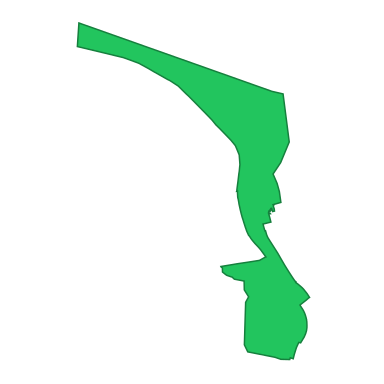 Ismailiyya 1, Al Isma`iliyah, Egypt, rotated 274°
{"feature_id": "37247803B86792300989473", "entity_name": "Ismailiyya 1", "entity_type": "district", "adm_level": 2, "iso_a3": "EGY", "parent_name": "Egypt", "parent_adm1": "Al Isma`iliyah", "projection": "natural_earth1", "projection_center": [32.267, 30.608], "detail": "fine", "context": "isolated", "style": "filled", "palette": "green", "viewbox_px": 384, "rotation_deg": 274, "n_neighbors": 0, "source": "geoboundaries", "source_scale": "gbopen_adm2", "svg_char_len": 2499}
<svg xmlns="http://www.w3.org/2000/svg" viewBox="0 0 384 384"><g transform="rotate(274 192 192)"><path d="M296.2,276.0L298.0,264.6L313.9,207.4L352.7,67.4L329.1,67.5L321.3,114.1L316.8,129.7L312.2,139.8L311.0,142.2L309.2,145.8L302.5,159.9L301.7,162.0L298.3,168.1L296.8,170.8L289.4,179.4L287.6,181.7L278.8,191.7L270.0,201.6L265.4,206.7L264.7,207.4L260.5,211.3L257.4,215.0L255.4,217.2L246.4,227.2L241.3,232.0L238.2,233.6L232.3,236.5L222.6,237.9L220.6,237.8L215.9,237.7L213.9,237.5L205.5,237.1L202.5,236.9L199.1,236.7L196.2,236.6L195.8,236.5L196.0,237.4L194.6,237.4L190.5,237.9L189.4,238.1L188.0,238.6L186.0,239.1L184.9,239.4L183.4,239.7L177.6,241.4L175.4,242.1L173.8,242.6L170.1,243.9L167.7,244.9L165.3,245.8L160.0,247.9L159.8,248.0L159.7,248.1L157.2,249.1L155.1,250.2L153.5,251.1L153.2,251.2L153.0,251.3L152.1,252.2L151.7,252.6L151.4,252.8L150.6,253.4L149.5,254.2L147.7,255.8L145.0,258.4L142.0,261.7L139.4,264.3L134.8,268.2L132.4,270.2L132.3,269.9L128.5,264.1L126.0,253.2L123.6,242.3L121.6,234.0L119.7,226.0L119.3,226.2L118.4,227.6L114.3,228.0L112.0,231.3L111.3,232.5L110.3,236.2L109.9,238.0L108.0,240.3L106.8,250.2L98.0,251.0L91.4,255.8L85.7,253.2L43.2,254.9L36.4,258.8L32.9,286.4L31.3,292.3L31.7,301.2L33.5,301.6L32.7,304.6L37.2,305.4L44.0,307.0L49.4,309.0L49.1,310.9L52.4,312.6L55.1,314.0L58.5,315.2L61.6,315.9L64.6,316.1L66.7,316.0L70.5,315.6L72.4,315.2L72.7,315.2L72.9,315.1L74.5,314.6L76.7,313.8L79.0,312.8L81.7,311.3L86.0,308.1L86.8,307.6L92.2,313.6L94.5,315.8L95.0,316.6L98.4,314.1L102.7,310.2L104.0,308.8L105.1,307.4L107.6,304.0L107.7,303.8L107.8,303.7L108.9,301.8L109.2,302.0L109.5,302.1L110.6,300.7L113.9,298.1L119.6,293.8L125.4,289.6L131.3,285.6L137.1,281.7L142.9,277.4L148.7,273.1L151.9,270.8L154.4,269.5L158.3,268.1L158.2,267.9L158.1,267.7L159.7,266.9L162.2,266.0L165.1,265.1L165.2,265.3L165.3,266.1L167.5,272.8L172.1,271.3L175.4,270.1L175.8,271.7L176.0,271.5L176.3,271.3L176.1,270.5L176.0,270.0L176.2,269.8L176.4,269.7L177.9,270.0L177.9,270.4L177.9,270.5L178.0,270.5L178.2,270.0L178.6,270.2L178.6,270.7L178.4,270.7L178.4,270.9L178.4,271.0L178.4,271.4L178.5,271.4L178.5,270.9L179.0,271.0L179.5,271.1L179.5,271.3L179.5,271.6L179.7,271.4L179.8,271.2L180.6,271.6L180.8,271.7L181.1,271.8L181.3,272.5L181.1,272.6L180.9,272.7L178.1,273.7L178.1,273.9L178.2,274.0L178.7,275.6L180.9,275.2L183.1,274.3L184.0,274.1L184.2,274.4L185.0,274.0L185.1,273.9L187.8,281.4L198.6,279.1L206.5,276.3L215.6,271.6L227.5,278.4L248.7,285.5L296.2,276.0Z" fill="#22c55e" stroke="#15803d" stroke-width="1.5"/></g></svg>